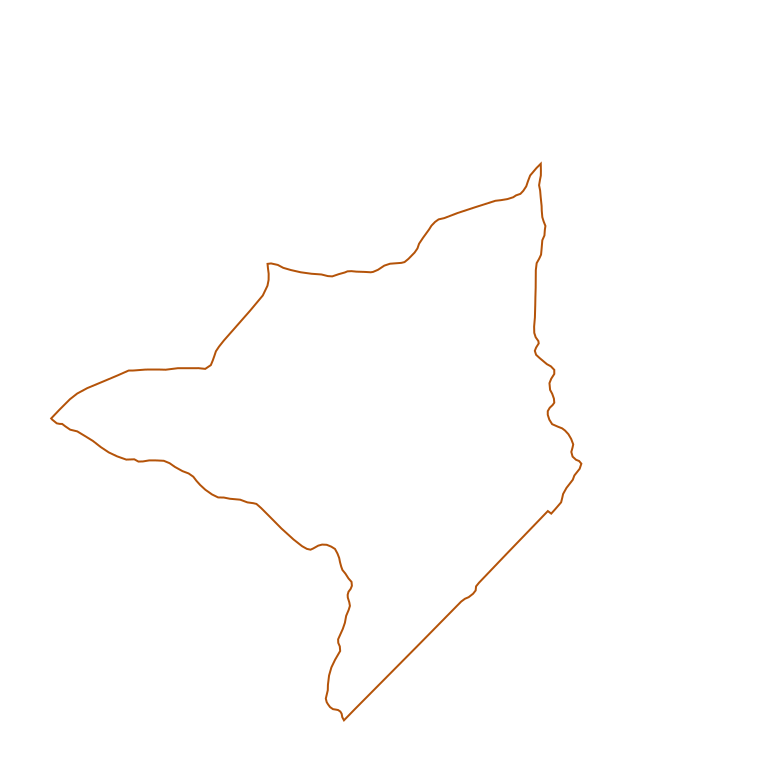 outline of Abanga-Bignè, Moyen-Ogooué, Gabon, rotated 135°
{"feature_id": "22940354B65697742744176", "entity_name": "Abanga-Bignè", "entity_type": "district", "adm_level": 2, "iso_a3": "GAB", "parent_name": "Gabon", "parent_adm1": "Moyen-Ogooué", "projection": "robinson", "projection_center": [10.966, -0.21], "detail": "fine", "context": "isolated", "style": "outline", "palette": "amber", "viewbox_px": 768, "rotation_deg": 135, "n_neighbors": 0, "source": "geoboundaries", "source_scale": "gbopen_adm2", "svg_char_len": 3082}
<svg xmlns="http://www.w3.org/2000/svg" viewBox="0 0 768 768"><g transform="rotate(135 384 384)"><path d="M117.4,428.9L123.5,428.9L133.2,428.1L138.8,425.6L143.6,423.2L149.0,422.1L153.1,422.0L157.2,424.0L160.6,424.7L166.0,427.5L171.3,431.3L175.7,434.8L194.3,444.4L211.1,452.9L224.1,458.7L229.0,461.8L233.3,462.5L238.5,462.4L242.9,461.4L253.0,459.8L260.0,458.4L264.5,456.2L269.5,455.3L278.3,455.2L283.3,455.7L286.1,457.4L294.7,464.8L300.1,467.5L307.5,469.0L312.5,471.0L314.4,472.4L318.3,476.8L324.0,482.9L327.3,486.9L330.2,489.5L332.9,490.6L338.2,493.6L344.5,496.7L347.4,500.0L350.8,505.7L357.3,513.2L363.9,521.9L369.3,530.5L373.1,537.4L374.9,543.3L378.6,549.1L381.4,551.3L384.2,547.9L387.6,543.5L392.0,539.2L396.9,535.9L407.1,532.3L427.3,530.5L466.3,528.0L474.2,527.1L479.7,526.0L484.3,523.7L488.5,521.7L493.1,519.8L499.7,521.1L504.0,526.4L510.4,532.7L518.8,541.1L528.3,548.5L533.6,554.1L542.4,562.8L551.5,570.6L555.1,574.1L566.2,578.4L580.2,584.1L596.7,590.9L607.7,594.2L616.8,595.3L631.8,595.3L643.7,595.0L643.8,593.5L643.2,587.6L641.6,585.2L639.8,583.3L639.3,579.5L638.2,573.6L634.4,567.4L632.3,558.9L630.1,549.6L628.9,539.8L627.0,530.3L623.9,521.6L619.7,512.8L613.8,507.3L612.5,502.8L609.2,499.7L603.9,495.9L598.9,490.8L594.0,485.4L591.6,479.6L590.5,473.3L588.1,464.9L585.4,458.9L584.4,453.3L585.1,448.1L585.4,442.7L585.1,435.5L583.7,427.5L581.5,421.1L577.5,416.9L574.1,411.8L567.5,403.9L564.3,396.9L560.6,392.0L559.0,389.4L558.6,383.2L558.6,372.7L558.7,354.4L557.9,338.0L556.6,327.2L555.1,321.9L553.1,318.8L550.5,317.8L544.8,316.2L541.3,314.2L538.2,310.8L536.3,306.3L535.3,302.0L536.8,297.0L538.7,292.7L541.1,289.1L543.4,285.1L544.9,281.9L545.4,277.1L546.6,271.6L546.9,267.0L549.4,264.0L552.5,262.7L556.0,262.2L558.8,260.6L560.6,258.6L562.9,254.2L565.0,251.2L568.6,249.3L574.7,246.8L580.5,242.8L586.2,240.0L597.0,235.9L599.4,233.3L600.8,229.7L603.8,226.2L613.6,223.6L621.6,220.8L629.0,216.7L636.4,210.9L640.3,207.2L647.6,202.7L649.5,199.5L650.1,197.0L650.6,193.7L650.0,190.2L648.2,187.7L647.0,185.9L646.5,183.3L647.1,180.8L649.1,177.9L650.1,174.5L634.8,174.7L542.8,175.1L483.3,175.6L478.6,174.9L474.9,173.4L469.3,172.7L465.2,173.2L462.0,175.8L457.3,176.3L417.4,177.2L358.0,178.3L357.4,174.1L351.6,174.4L342.4,175.1L338.4,177.5L335.1,179.6L328.4,181.5L318.2,182.8L314.1,184.7L305.6,185.7L300.8,188.1L300.5,191.6L301.8,194.6L302.0,199.3L299.6,203.5L295.7,205.7L292.9,207.5L290.5,212.8L289.1,218.1L288.9,223.1L289.4,226.7L291.2,230.8L293.5,236.7L292.3,241.9L290.0,246.4L287.4,249.0L283.6,250.0L279.5,249.9L276.8,250.4L274.2,253.5L272.0,258.1L270.7,262.4L266.4,267.6L262.0,269.5L256.5,270.7L253.6,273.6L253.5,278.5L254.8,282.9L255.6,292.2L255.8,297.1L253.9,300.8L250.7,302.2L245.9,303.3L244.5,305.2L243.7,309.8L241.6,313.9L237.3,318.4L230.3,324.3L221.2,332.9L215.7,338.2L208.7,344.8L196.1,357.2L190.6,361.5L185.6,362.9L181.5,364.4L177.5,367.7L170.4,373.7L165.5,375.6L161.1,379.4L158.1,381.6L156.2,386.0L154.1,390.0L149.9,395.0L146.7,398.4L141.1,405.3L136.8,410.4L133.8,414.9L129.3,418.1L125.7,420.5L122.3,423.8L117.4,428.9Z" fill="none" stroke="#b45309" stroke-width="2"/></g></svg>